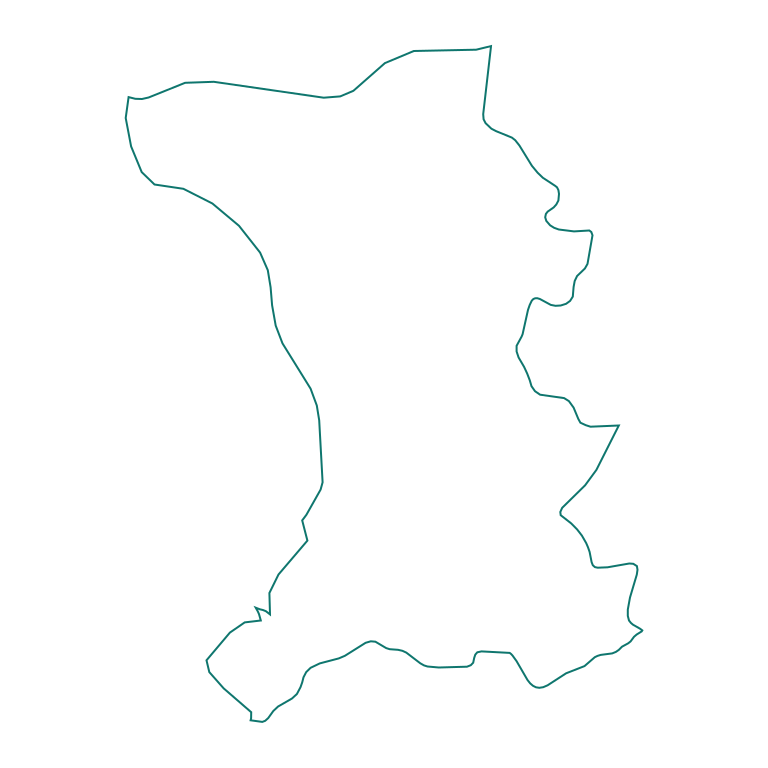 outline of Shirak
{"feature_id": "ARM-1555", "entity_name": "Shirak", "entity_type": "Province", "adm_level": 1, "iso_a3": "ARM", "parent_name": "Armenia", "parent_adm1": "", "projection": "albers", "projection_center": [43.928, 40.787], "detail": "fine", "context": "isolated", "style": "outline", "palette": "teal", "viewbox_px": 768, "rotation_deg": 0, "n_neighbors": 0, "source": "natural_earth", "source_scale": "10m", "svg_char_len": 2620}
<svg xmlns="http://www.w3.org/2000/svg" viewBox="0 0 768 768"><path d="M323.7,97.7L340.2,96.4L353.4,90.8L384.9,63.1L413.8,51.0L476.2,49.7L491.0,46.1L490.9,47.3L483.2,114.2L483.6,119.3L485.6,123.2L491.4,128.7L496.2,131.2L511.9,137.6L515.2,140.2L519.4,145.5L531.9,165.8L537.6,172.7L542.9,177.8L555.1,185.8L557.0,187.3L558.4,190.1L559.0,193.9L558.4,200.5L556.3,204.5L553.7,207.4L547.7,211.6L545.9,213.9L545.2,217.3L546.3,220.9L550.1,225.3L554.1,227.8L558.8,229.5L574.0,231.4L589.3,230.5L591.3,232.0L592.5,235.3L587.5,263.9L584.9,268.5L577.1,276.0L574.7,281.0L573.6,287.0L572.8,296.6L570.1,300.9L566.1,303.8L560.7,305.5L555.5,305.8L550.8,304.9L539.9,299.0L537.2,298.2L535.1,298.3L533.4,299.0L532.4,300.0L531.7,300.8L529.7,305.0L528.0,309.9L522.6,334.2L521.6,336.6L516.6,345.8L516.6,351.5L518.6,357.5L524.1,366.9L527.2,373.6L529.8,380.4L531.5,386.2L535.0,391.2L540.1,394.7L564.1,398.1L568.9,401.1L573.6,407.6L578.3,418.9L580.4,422.7L585.8,425.2L590.5,426.7L618.8,425.5L596.4,469.9L585.1,485.3L562.2,507.8L560.3,512.0L560.7,515.2L571.2,523.4L577.1,529.4L581.9,535.6L586.2,543.1L588.0,547.3L589.6,551.9L591.6,562.1L592.8,565.2L594.9,567.1L597.7,567.7L607.5,567.3L629.3,563.5L633.3,563.8L636.9,566.1L637.5,569.8L636.8,574.6L630.0,597.5L627.8,609.6L627.8,615.9L629.0,620.5L630.9,622.9L633.0,624.7L640.2,628.8L642.3,630.4L641.7,631.4L636.7,634.5L634.0,636.8L630.6,641.4L628.2,643.3L622.0,646.7L618.8,649.9L615.9,651.9L612.2,653.4L600.7,654.9L597.5,655.9L594.8,657.2L584.5,666.1L566.1,673.3L547.6,685.3L543.2,687.2L539.3,687.8L536.0,687.3L533.0,685.8L530.2,683.4L527.5,680.0L516.6,661.2L512.5,655.5L511.1,654.0L509.7,652.9L481.5,651.4L477.3,652.3L475.3,654.6L474.2,657.9L473.2,662.7L470.8,665.2L467.0,666.7L438.8,667.5L427.5,666.5L424.0,665.4L420.3,663.3L406.3,652.6L402.4,650.8L398.0,649.8L389.7,649.2L386.2,648.1L375.4,641.7L370.8,641.3L365.6,642.8L344.9,655.8L338.8,658.4L319.8,663.4L310.6,667.8L306.2,672.1L303.5,677.3L302.2,682.4L300.5,687.2L296.9,694.0L292.0,698.5L278.1,706.5L273.3,711.0L268.2,718.1L265.2,720.8L262.3,721.9L250.6,720.3L251.1,718.3L251.2,712.2L223.7,688.4L209.3,672.1L206.5,660.3L229.9,632.6L244.7,622.4L260.8,620.5L259.0,614.1L257.8,611.4L255.7,607.7L259.9,609.3L262.9,610.0L265.9,611.2L270.0,614.4L269.4,593.0L278.5,574.5L307.4,540.6L302.2,520.4L306.4,514.8L320.6,489.6L322.6,482.3L319.2,420.3L316.8,405.5L310.6,388.7L282.5,343.4L275.7,325.6L272.1,305.3L270.6,287.3L267.8,270.2L260.1,252.6L239.0,225.8L212.4,203.5L183.4,188.8L154.5,184.5L141.7,172.1L131.1,146.4L125.7,118.0L128.6,97.1L135.3,98.8L142.0,99.0L148.6,97.5L185.1,82.8L213.8,81.8L323.7,97.7Z" fill="none" stroke="#0f766e" stroke-width="2"/></svg>